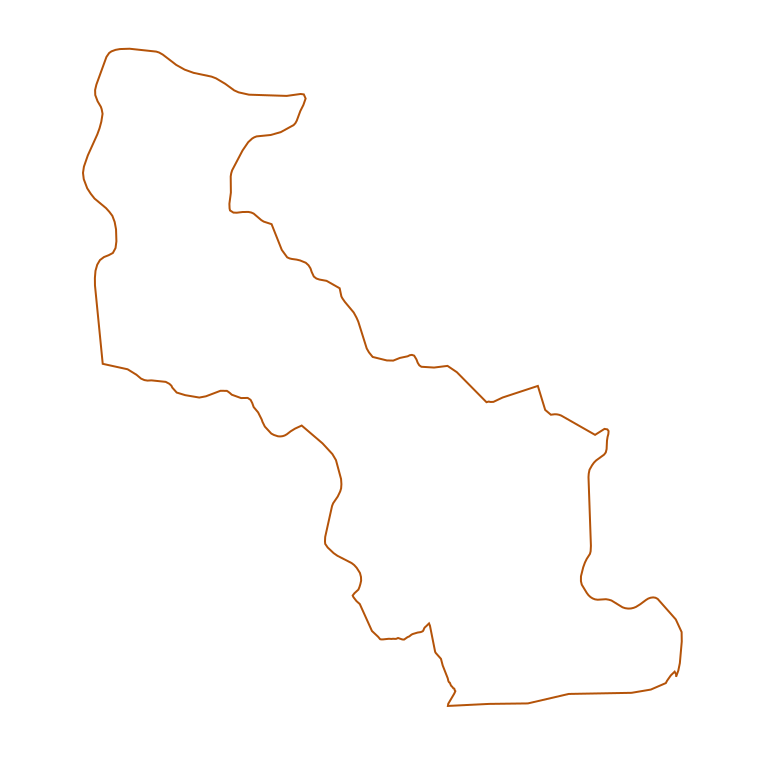 the State of Aragua, rotated 184°
{"feature_id": "VEN-41", "entity_name": "Aragua", "entity_type": "State", "adm_level": 1, "iso_a3": "VEN", "parent_name": "Venezuela", "parent_adm1": "", "projection": "natural_earth1", "projection_center": [-67.18, 9.967], "detail": "fine", "context": "isolated", "style": "outline", "palette": "amber", "viewbox_px": 768, "rotation_deg": 184, "n_neighbors": 0, "source": "natural_earth", "source_scale": "10m", "svg_char_len": 4105}
<svg xmlns="http://www.w3.org/2000/svg" viewBox="0 0 768 768"><g transform="rotate(184 384 384)"><path d="M72.2,112.3L72.3,114.7L74.0,117.3L77.5,113.4L80.9,107.8L82.0,105.3L96.5,97.8L115.5,93.2L178.1,87.7L218.2,75.4L256.9,72.2L297.8,67.3L297.6,69.5L292.3,80.1L291.4,82.6L292.0,83.3L292.4,84.4L292.6,84.9L292.8,85.1L293.1,85.2L293.3,85.2L293.6,85.3L294.4,86.2L294.7,86.6L295.5,87.3L295.8,87.5L296.0,87.7L296.7,88.9L297.2,90.0L297.4,90.4L297.6,90.7L297.9,90.8L298.2,90.9L298.6,91.4L299.1,92.3L299.9,94.9L305.8,107.3L308.0,113.8L313.6,119.3L314.3,120.4L321.3,146.1L322.4,148.3L325.2,145.1L325.7,144.7L326.1,144.2L326.5,143.7L326.8,143.2L327.5,141.1L327.8,140.5L328.1,140.1L328.6,139.8L329.8,139.2L330.4,139.0L333.1,138.4L337.6,136.7L338.3,136.4L339.3,135.7L340.5,134.6L341.3,133.9L342.9,133.1L346.1,130.5L347.0,130.4L348.2,130.5L351.5,131.4L352.3,131.6L352.6,131.4L353.8,130.8L354.2,130.6L355.2,130.5L356.7,130.5L357.2,130.5L358.7,130.2L361.3,130.2L367.5,129.1L369.0,129.0L370.1,129.2L372.2,131.4L378.8,136.8L392.8,162.8L396.2,165.4L399.6,169.2L400.5,170.8L398.9,173.2L395.2,177.1L394.3,179.8L393.6,182.9L393.1,186.2L393.5,189.9L394.8,193.8L398.4,198.7L401.1,201.3L403.8,203.1L418.5,209.4L422.5,211.8L428.8,217.0L431.5,220.4L431.9,222.9L432.0,227.3L427.3,258.7L426.4,261.5L422.3,268.5L420.2,273.8L419.5,276.9L419.5,281.1L420.2,286.2L426.6,304.7L430.6,310.5L441.2,320.5L463.2,336.8L469.6,333.3L473.8,330.3L477.5,327.0L479.5,325.7L481.5,324.9L483.5,324.5L486.0,324.4L490.3,325.5L493.0,326.7L499.9,333.2L502.6,337.8L503.5,340.0L507.6,346.9L512.4,351.9L514.1,355.8L516.0,358.9L519.0,360.6L525.6,360.0L535.1,362.7L537.3,364.4L539.0,365.5L540.3,366.2L546.7,365.8L560.8,359.3L567.3,357.6L581.5,359.0L590.2,361.0L595.0,365.7L595.9,367.4L598.1,369.2L601.9,370.9L616.2,371.4L620.2,370.9L623.3,371.2L626.7,372.4L631.5,375.9L640.8,380.8L666.0,384.5L679.2,462.2L679.8,469.6L679.7,476.8L678.4,483.0L676.0,487.8L672.2,491.1L667.6,493.3L663.6,495.8L661.3,500.9L660.9,507.7L662.1,519.6L664.0,526.9L666.7,532.8L669.9,536.5L673.5,540.0L685.7,548.8L689.7,553.2L693.7,558.5L697.8,567.4L699.0,573.6L698.5,579.9L695.4,591.4L687.4,613.0L685.6,619.3L684.3,625.9L683.6,633.9L684.8,638.4L685.8,640.8L689.4,646.0L692.2,652.1L692.7,657.1L691.8,662.6L683.7,690.9L681.3,695.0L679.1,696.8L675.1,698.6L670.8,699.7L661.2,700.7L634.4,699.7L631.5,699.0L627.7,697.2L613.5,687.8L604.8,683.7L595.6,681.1L577.5,678.6L572.9,677.2L563.2,672.3L554.0,666.5L549.4,664.8L538.9,663.2L501.2,664.6L487.4,667.5L484.2,667.3L482.1,663.3L483.9,656.7L486.5,650.5L489.4,640.6L490.6,638.0L492.2,636.0L504.5,628.1L514.4,624.5L528.4,622.1L530.7,621.0L532.7,619.6L536.3,615.8L541.4,607.1L550.4,586.6L551.1,583.6L551.4,580.4L550.1,564.3L550.8,553.0L550.3,548.4L549.7,546.4L546.2,544.5L542.8,544.6L537.1,545.7L531.3,546.2L528.4,545.8L525.9,544.9L517.8,538.9L515.3,537.6L507.3,535.6L495.3,510.6L489.4,503.6L487.0,502.7L484.6,502.3L479.9,502.0L476.3,501.4L470.5,499.5L467.6,497.2L465.4,494.2L464.0,490.8L461.5,486.3L458.8,484.5L455.7,483.7L448.5,482.9L434.9,476.4L432.6,468.3L431.3,466.3L428.7,463.1L419.2,453.2L416.0,448.2L414.0,444.4L403.7,418.2L401.2,414.5L397.2,410.2L382.8,407.7L376.4,408.0L370.0,411.1L362.3,413.3L360.3,414.5L358.2,415.0L355.9,414.4L353.3,410.7L351.9,407.6L350.1,405.1L347.9,403.8L335.2,403.9L321.9,406.5L312.2,400.9L280.5,373.0L278.2,373.8L276.8,373.5L273.6,373.8L264.7,378.8L230.4,392.8L221.4,369.4L215.4,365.0L211.7,365.7L209.5,365.8L207.2,365.5L205.1,364.9L169.9,348.0L160.9,354.6L158.0,354.3L156.7,352.7L156.7,349.8L157.3,346.7L157.6,343.1L157.4,334.6L158.0,331.2L159.5,328.9L167.0,322.6L169.0,320.3L170.8,317.4L173.0,312.8L173.5,308.9L173.5,305.3L166.3,237.0L166.2,231.6L166.7,228.9L169.6,223.6L171.1,219.9L172.5,215.0L174.1,205.9L173.8,201.1L172.7,197.6L167.2,189.8L165.3,187.6L163.2,185.9L161.0,184.7L158.5,183.9L155.8,183.7L147.6,184.8L144.7,184.5L142.0,183.9L130.5,177.9L127.8,177.2L124.8,177.0L122.0,177.3L119.4,178.1L117.1,179.2L113.1,182.1L107.5,186.9L105.4,188.4L103.1,189.4L100.6,189.9L98.2,189.7L96.0,188.7L76.5,169.5L69.8,157.3L69.0,147.9L69.4,126.2L70.4,118.7L72.2,112.3Z" fill="none" stroke="#b45309" stroke-width="2"/></g></svg>